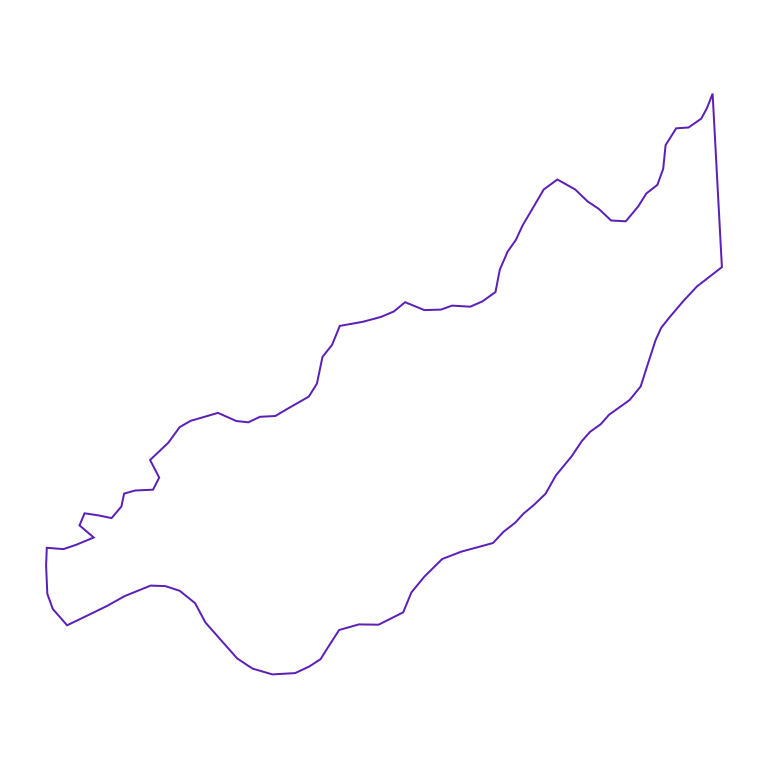 Ivatuba, Paraná, Brazil
{"feature_id": "56859067B29429577410082", "entity_name": "Ivatuba", "entity_type": "district", "adm_level": 2, "iso_a3": "BRA", "parent_name": "Brazil", "parent_adm1": "Paraná", "projection": "albers", "projection_center": [-52.183, -23.588], "detail": "fine", "context": "isolated", "style": "outline", "palette": "violet", "viewbox_px": 768, "rotation_deg": 0, "n_neighbors": 0, "source": "geoboundaries", "source_scale": "gbopen_adm2", "svg_char_len": 1433}
<svg xmlns="http://www.w3.org/2000/svg" viewBox="0 0 768 768"><path d="M46.8,547.8L46.1,565.4L47.3,593.8L52.8,609.0L67.1,625.3L83.9,617.2L107.3,605.8L124.6,596.1L150.6,585.6L165.3,586.1L179.7,590.8L195.1,603.2L205.5,622.6L237.1,658.4L252.5,668.6L272.4,674.4L295.1,673.1L309.3,666.5L320.6,659.1L327.3,648.4L339.1,630.0L358.9,624.4L378.6,624.7L403.2,612.3L411.4,592.4L424.4,576.6L442.2,559.0L461.4,551.6L478.8,546.9L493.0,543.0L503.6,531.7L515.2,522.7L523.3,513.8L533.7,505.1L545.5,493.8L555.9,475.4L571.5,456.5L581.9,441.0L590.1,431.8L600.7,424.2L609.1,414.7L629.6,400.0L640.7,386.4L646.9,366.9L655.6,340.1L661.2,327.8L669.1,317.8L683.4,301.0L696.9,286.5L721.9,267.1L712.6,93.6L707.1,107.8L701.3,118.6L688.5,127.5L676.2,128.3L665.6,145.1L663.2,168.8L657.4,184.8L646.3,193.5L638.3,206.3L625.8,221.3L611.1,220.5L598.8,208.9L587.8,201.6L575.2,189.5L557.4,179.5L543.7,189.5L533.1,207.6L522.7,225.2L515.9,239.9L507.7,251.5L499.8,269.6L495.5,292.0L482.4,301.4L470.2,306.7L452.1,305.6L441.0,309.6L424.4,310.1L405.1,302.2L394.0,311.4L381.0,316.9L363.2,321.7L339.8,325.9L332.1,344.8L322.5,356.9L316.9,383.7L308.8,396.6L289.0,407.9L275.3,416.0L259.9,416.8L248.3,422.3L236.3,421.0L218.0,412.9L190.7,420.8L179.7,427.1L168.4,442.6L150.1,460.0L159.2,477.6L153.0,489.7L135.1,490.5L124.1,493.6L121.4,506.5L111.6,518.1L98.5,515.4L84.6,513.3L79.5,525.4L93.7,537.5L75.9,544.9L63.4,549.1L46.8,547.8Z" fill="none" stroke="#5b21b6" stroke-width="2"/></svg>